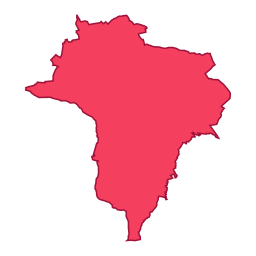 the district of Sona, Alba, Romania
{"feature_id": "2599482B71316562161476", "entity_name": "Sona", "entity_type": "district", "adm_level": 2, "iso_a3": "ROU", "parent_name": "Romania", "parent_adm1": "Alba", "projection": "robinson", "projection_center": [24.009, 46.242], "detail": "fine", "context": "isolated", "style": "filled", "palette": "rose", "viewbox_px": 256, "rotation_deg": 0, "n_neighbors": 0, "source": "geoboundaries", "source_scale": "gbopen_adm2", "svg_char_len": 5700}
<svg xmlns="http://www.w3.org/2000/svg" viewBox="0 0 256 256"><path d="M140.3,239.5L140.3,237.3L140.0,236.1L139.2,235.2L139.0,233.7L138.5,232.3L139.1,232.0L140.5,229.2L140.8,226.9L141.1,226.2L141.9,225.0L141.8,223.7L142.6,222.7L143.3,222.2L144.0,221.3L143.8,220.8L144.1,220.6L144.1,220.2L144.7,219.8L145.1,219.9L145.7,219.0L146.1,218.6L147.0,218.4L147.3,217.6L148.4,217.4L149.3,216.9L150.0,214.8L149.8,213.9L150.1,212.1L150.9,211.7L151.3,212.0L152.1,211.8L153.1,210.3L155.9,207.1L156.8,205.3L156.7,203.0L158.1,199.6L158.6,196.4L161.1,196.5L164.9,197.5L166.0,199.6L166.9,199.4L165.9,197.5L166.3,197.1L166.2,196.7L165.6,196.5L165.1,195.9L165.5,195.6L165.4,194.8L166.3,194.6L166.3,194.3L166.1,194.2L165.2,193.2L166.0,192.7L165.5,192.1L166.3,192.0L166.6,191.2L166.3,190.5L167.0,190.1L167.2,187.6L165.8,186.8L165.5,185.8L166.6,185.7L167.2,184.9L167.2,184.1L166.6,183.2L167.5,183.1L167.9,182.7L167.8,181.3L167.3,180.7L167.8,180.6L167.9,179.3L170.6,178.9L172.7,178.0L171.3,176.2L170.6,175.6L173.7,174.1L174.6,175.9L175.2,177.8L176.1,177.5L176.4,176.2L177.0,176.1L177.0,175.5L176.9,175.1L176.4,175.0L175.2,173.1L174.7,172.4L174.9,172.3L174.8,171.9L173.7,170.7L173.6,169.2L173.7,168.9L174.8,168.4L174.9,168.0L175.6,167.9L175.5,165.9L175.8,165.9L175.8,162.7L175.2,162.4L175.4,160.8L176.1,160.1L177.1,158.4L177.5,158.0L177.5,157.8L177.0,157.3L179.0,154.3L178.7,154.1L178.7,153.8L178.9,151.4L178.3,149.7L180.5,147.3L182.7,143.4L182.8,142.7L184.8,142.7L185.4,143.0L186.1,143.8L186.3,143.7L186.5,141.7L188.7,141.8L188.8,141.0L189.7,140.7L190.5,140.0L191.1,139.2L192.2,136.8L195.0,137.0L195.0,136.6L194.1,135.6L193.6,134.7L191.8,133.1L193.0,132.4L193.5,132.5L194.4,133.7L195.3,134.4L197.1,135.1L197.9,134.8L198.4,135.0L198.7,135.6L199.1,135.7L199.6,135.5L200.5,134.5L200.2,134.2L199.5,134.3L198.5,134.2L198.1,133.8L197.9,133.1L202.4,133.7L206.3,134.1L206.5,133.5L208.6,133.8L209.6,133.6L209.7,133.2L210.9,133.2L211.7,133.5L212.5,134.4L214.9,135.2L215.5,136.7L216.1,137.3L218.8,138.2L218.6,137.7L217.9,137.2L217.3,135.8L209.9,125.4L216.5,124.4L216.9,124.1L216.9,123.8L217.8,121.8L217.9,121.1L218.9,119.0L219.4,118.6L219.5,118.3L219.8,117.9L220.6,117.3L221.4,114.9L220.8,113.8L221.1,112.8L223.4,109.1L224.3,108.3L221.3,106.5L223.0,104.7L229.8,98.6L230.0,98.2L230.1,96.1L230.4,94.5L230.2,93.1L229.6,91.9L227.7,89.3L223.4,84.2L221.0,82.4L218.9,80.4L218.4,80.2L218.2,79.8L217.0,79.6L216.0,79.7L215.1,79.5L214.3,79.7L212.5,79.4L211.7,78.9L210.5,78.6L209.7,78.6L208.8,78.8L207.6,77.3L205.2,73.6L211.0,68.7L212.6,66.5L215.0,64.8L214.1,63.5L213.4,61.9L212.7,61.0L211.4,57.0L210.8,55.9L210.2,53.5L209.2,53.6L207.4,53.2L204.6,54.0L203.3,55.0L202.7,55.2L202.1,55.2L199.5,53.7L197.3,54.3L196.2,54.2L195.2,53.6L194.6,52.9L193.1,53.2L191.8,53.0L190.4,53.4L189.8,53.3L189.3,53.1L188.7,52.0L187.9,51.5L186.6,51.3L184.5,50.4L180.3,50.4L179.6,50.2L176.5,48.5L172.8,47.5L168.5,47.5L165.8,48.3L164.8,48.3L162.4,48.0L160.0,47.2L159.1,47.2L158.6,46.9L157.7,47.1L156.9,46.9L155.5,46.9L152.8,46.5L150.8,45.6L148.3,44.9L146.8,44.2L145.9,44.4L144.6,45.1L143.7,41.2L143.1,39.5L142.2,39.9L139.9,37.2L138.7,35.2L138.6,33.8L145.8,32.2L145.7,29.8L144.9,29.1L146.9,28.1L146.8,27.5L146.1,26.8L145.0,26.4L144.5,25.9L143.2,25.7L142.4,25.4L141.9,25.0L140.0,24.7L139.0,24.1L136.6,23.8L134.0,24.6L132.7,22.8L131.8,21.9L130.2,20.8L129.3,20.6L128.9,18.4L126.8,15.5L125.3,15.4L123.8,15.8L122.8,15.7L121.7,16.3L119.7,16.1L118.4,16.5L117.0,17.3L116.1,18.1L114.7,18.4L113.9,18.7L113.0,19.5L111.9,20.0L107.9,24.0L105.8,21.9L103.3,23.7L101.2,21.5L99.9,22.8L94.9,23.5L88.9,24.6L87.3,21.6L85.8,21.1L85.0,21.0L84.0,21.3L82.3,21.4L81.9,21.7L81.4,21.8L80.4,21.4L79.8,20.4L79.6,19.5L77.7,16.6L77.4,15.6L76.9,15.4L76.8,17.7L77.4,19.7L77.1,20.4L76.5,21.4L75.9,23.3L76.0,24.4L79.0,30.2L76.2,31.0L76.6,32.1L76.3,32.4L76.8,32.9L77.8,34.4L78.1,34.4L78.5,34.8L79.0,38.3L79.0,39.1L72.2,40.3L72.0,40.6L71.8,41.8L69.0,42.1L66.5,40.1L67.7,38.9L66.1,39.9L65.4,39.8L65.3,41.2L64.4,41.9L64.7,43.1L62.7,43.3L63.0,46.1L62.8,47.4L61.7,54.4L60.6,57.5L58.0,56.3L55.9,54.7L50.8,60.0L52.5,61.9L53.4,64.7L52.8,65.3L53.1,65.5L55.0,65.2L58.2,66.6L57.0,67.5L55.5,69.8L53.5,74.5L53.2,75.5L53.0,80.9L45.0,81.6L44.9,82.7L40.9,82.6L37.4,82.2L36.6,83.6L35.1,84.3L34.2,85.4L28.8,86.7L25.9,87.6L26.0,87.9L25.6,90.0L30.5,91.4L30.6,91.9L32.1,93.5L33.5,94.3L33.7,94.7L39.0,97.5L44.0,97.4L45.8,97.2L46.4,97.4L46.7,97.2L47.0,97.4L48.5,97.1L51.4,97.6L51.9,98.0L55.5,99.0L59.8,99.9L59.9,100.4L61.3,100.9L61.8,100.9L62.2,100.7L65.9,100.8L69.3,102.3L69.8,102.8L70.3,103.0L74.1,102.7L75.2,103.2L77.3,104.6L77.7,105.1L77.9,105.7L80.2,108.4L81.2,108.4L81.5,108.7L81.9,109.4L82.7,111.6L83.5,112.4L86.2,113.9L86.8,114.5L87.3,114.4L88.2,115.1L92.8,117.3L93.3,118.5L95.8,120.9L96.0,122.6L96.7,126.1L96.3,127.1L96.3,128.8L96.5,130.7L96.2,131.0L96.5,132.1L96.8,132.7L96.8,133.0L97.2,133.6L97.4,135.7L96.9,135.9L97.4,136.6L97.2,136.8L98.3,138.0L98.1,140.8L97.9,142.7L96.7,143.2L93.5,154.5L94.1,154.5L94.6,155.1L94.6,155.8L94.4,156.0L93.5,155.8L91.8,156.5L91.7,156.9L92.6,157.6L92.3,158.7L92.4,159.1L92.7,159.5L93.2,159.9L95.0,160.3L96.4,160.9L97.9,160.6L98.2,161.4L97.1,161.4L97.1,163.2L98.5,167.0L98.5,173.0L98.2,175.3L97.5,177.3L96.4,178.5L96.1,180.2L95.9,183.0L95.3,185.2L95.0,188.2L95.1,189.0L95.8,189.8L96.5,192.2L96.7,195.0L97.4,197.2L98.9,198.8L99.9,199.4L102.0,200.1L105.2,200.9L106.4,201.6L108.6,202.1L109.7,202.8L110.7,203.7L111.8,204.5L112.4,206.1L112.3,207.0L113.4,208.0L114.7,207.9L116.1,208.3L117.5,209.8L121.6,210.3L123.1,209.9L124.1,210.1L126.0,211.4L126.3,213.1L126.1,215.5L126.4,217.1L127.8,219.9L128.6,222.7L128.4,223.5L128.5,226.1L128.4,227.5L129.1,234.4L128.4,235.7L128.2,239.2L127.6,240.1L127.1,240.5L130.8,240.2L134.9,240.6L140.3,239.5Z" fill="#f43f5e" stroke="#9f1239" stroke-width="1.5"/></svg>